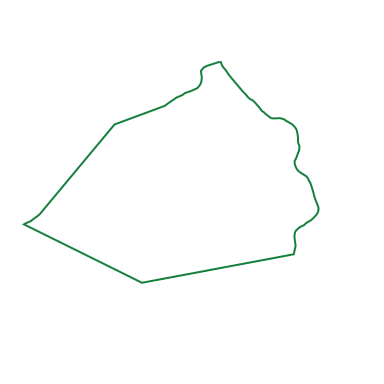 Derierre Morne, Vieux Fort, Saint Lucia, rotated 35°
{"feature_id": "8701671B33635631845794", "entity_name": "Derierre Morne", "entity_type": "district", "adm_level": 2, "iso_a3": "LCA", "parent_name": "Saint Lucia", "parent_adm1": "Vieux Fort", "projection": "orthographic", "projection_center": [-60.96, 13.741], "detail": "fine", "context": "isolated", "style": "outline", "palette": "green", "viewbox_px": 384, "rotation_deg": 35, "n_neighbors": 0, "source": "geoboundaries", "source_scale": "gbopen_adm2", "svg_char_len": 2063}
<svg xmlns="http://www.w3.org/2000/svg" viewBox="0 0 384 384"><g transform="rotate(35 192 192)"><path d="M311.1,184.6L308.8,179.3L307.9,176.9L305.9,174.6L303.4,172.0L301.1,169.2L299.6,166.3L299.3,163.8L300.5,158.9L302.9,154.6L303.2,152.2L303.5,151.6L304.1,150.2L304.6,149.1L305.7,146.7L306.2,144.5L306.7,141.9L306.9,139.9L306.9,138.3L306.8,136.4L306.4,135.5L306.2,134.8L305.7,133.8L305.5,133.4L304.6,132.4L303.4,131.4L301.8,130.3L300.5,129.4L298.5,128.1L297.4,127.4L295.6,126.1L294.6,125.3L293.5,124.4L292.5,123.5L292.1,123.1L290.6,121.9L289.0,120.6L288.5,120.2L287.5,119.5L284.6,117.3L283.1,116.4L281.6,115.8L279.9,114.8L278.3,114.0L276.8,113.6L273.5,113.7L269.7,113.9L266.5,113.7L264.5,113.0L262.7,112.0L262.2,111.7L259.8,109.8L258.9,108.7L258.2,107.4L258.1,105.6L258.0,105.0L257.4,102.4L257.0,100.9L256.5,99.5L256.2,97.4L255.6,95.9L255.3,95.4L254.7,94.3L254.0,93.2L253.3,92.5L252.6,92.1L251.9,91.7L251.1,91.1L250.3,90.4L249.9,89.8L249.1,88.8L248.7,88.1L248.4,87.5L247.3,86.3L245.7,84.5L245.4,84.2L243.5,82.4L242.8,81.7L242.5,81.4L241.9,81.1L241.3,80.7L238.9,79.8L237.9,79.6L236.7,79.3L234.2,79.1L232.0,79.4L228.1,79.7L226.4,79.7L225.5,79.7L221.8,81.0L219.9,82.4L217.9,84.0L215.4,85.7L214.0,86.1L211.7,86.1L207.0,85.8L205.0,85.4L203.3,85.6L201.5,85.1L200.0,84.6L197.7,83.9L195.2,83.3L192.5,82.6L189.9,82.2L188.7,82.2L187.9,82.3L186.3,82.6L183.7,82.3L181.4,81.6L173.8,80.0L170.7,79.1L166.0,77.9L164.8,77.6L161.7,76.7L161.1,76.6L158.6,75.9L154.4,74.7L149.6,72.8L147.2,72.2L145.8,71.8L145.4,71.6L144.2,71.1L143.4,70.8L141.9,69.5L141.5,69.1L141.0,69.1L139.3,70.5L138.9,70.8L136.5,74.1L131.9,80.1L131.0,81.8L130.1,83.4L130.0,85.9L129.8,87.6L130.7,88.6L132.2,90.3L134.5,92.7L136.5,96.6L136.8,97.6L137.1,99.3L137.0,101.7L136.8,103.8L133.8,109.0L133.0,110.2L129.5,115.0L129.0,116.6L128.4,118.3L125.2,123.4L121.4,133.6L120.2,137.2L109.4,152.8L89.8,181.1L80.0,297.6L79.7,298.8L79.2,300.5L77.5,305.4L76.9,307.4L76.7,308.2L75.2,310.8L74.3,312.0L74.0,312.7L73.2,314.2L72.9,314.9L168.6,300.3L203.0,295.1L311.1,184.6Z" fill="none" stroke="#15803d" stroke-width="2"/></g></svg>